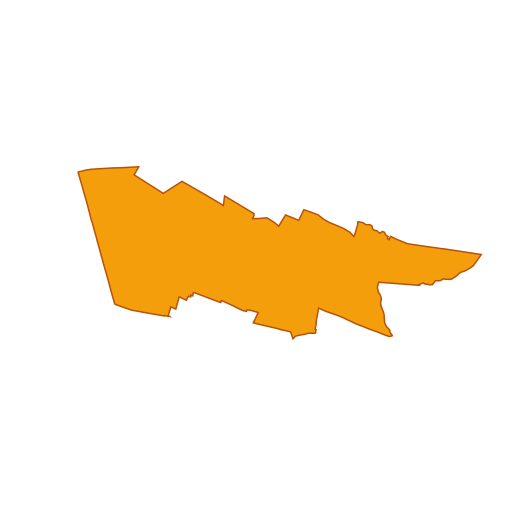 Tlaxcoapan, Hidalgo, Mexico, rotated 29°
{"feature_id": "50627088B91573005183393", "entity_name": "Tlaxcoapan", "entity_type": "district", "adm_level": 2, "iso_a3": "MEX", "parent_name": "Mexico", "parent_adm1": "Hidalgo", "projection": "orthographic", "projection_center": [-99.215, 20.097], "detail": "fine", "context": "isolated", "style": "filled", "palette": "amber", "viewbox_px": 512, "rotation_deg": 29, "n_neighbors": 0, "source": "geoboundaries", "source_scale": "gbopen_adm2", "svg_char_len": 4622}
<svg xmlns="http://www.w3.org/2000/svg" viewBox="0 0 512 512"><g transform="rotate(29 256 256)"><path d="M59.7,268.9L63.0,272.2L70.4,279.5L77.9,287.2L81.5,290.6L93.2,303.0L94.7,304.6L95.0,304.9L95.3,304.9L95.8,305.4L96.1,305.7L98.5,308.2L99.2,308.9L100.6,310.3L102.5,312.3L107.6,317.4L108.6,318.5L109.7,319.7L116.5,326.6L122.0,332.3L123.1,333.4L126.8,337.2L133.0,343.4L137.5,347.9L143.2,353.8L150.0,360.8L154.4,365.1L155.7,366.5L159.3,366.1L169.2,364.4L173.7,363.6L180.0,361.4L184.4,360.0L188.6,358.5L192.2,357.3L197.4,355.5L197.6,355.4L200.3,354.5L203.1,353.5L204.9,352.9L204.8,352.5L209.8,350.8L208.3,350.5L208.1,350.5L207.4,347.7L206.9,344.8L206.1,341.9L208.6,341.6L211.6,341.3L210.2,335.6L209.5,332.6L208.6,328.9L216.5,328.5L216.3,324.6L216.7,324.4L216.6,323.9L218.7,323.4L217.8,321.8L220.0,321.5L218.9,318.3L219.2,318.1L219.9,318.0L221.9,317.6L223.7,317.4L224.1,317.3L227.1,316.9L230.1,316.4L231.8,316.2L234.7,315.8L235.8,315.6L238.1,315.3L241.3,314.8L242.7,314.6L242.8,314.6L244.7,314.3L245.7,314.2L246.7,314.0L247.3,313.9L247.7,313.8L247.7,313.4L247.8,313.0L247.5,312.4L247.4,311.6L248.0,311.5L248.7,311.5L251.8,311.3L254.3,311.1L259.4,310.7L262.2,310.6L267.4,310.4L267.8,310.3L270.8,310.1L273.7,309.3L274.5,309.1L274.5,307.9L274.5,307.2L276.2,306.7L277.4,306.3L279.4,305.7L281.6,305.2L283.1,304.9L283.6,304.7L284.6,304.5L285.3,304.4L285.4,305.1L285.4,306.2L285.5,306.2L285.7,310.2L285.8,311.1L285.8,312.0L285.9,313.7L285.9,313.9L285.8,314.6L286.0,315.8L290.6,314.6L293.0,313.9L293.6,313.7L293.8,313.7L295.1,313.3L297.3,312.7L299.3,312.1L299.5,312.1L303.2,311.0L303.4,311.0L306.3,310.1L309.4,309.2L312.0,308.6L313.0,308.3L313.1,308.5L316.4,307.5L319.7,306.5L322.9,305.6L324.8,307.1L325.5,307.8L328.5,310.5L329.2,307.5L330.1,306.3L333.0,303.7L334.6,302.4L336.4,301.0L339.4,298.1L341.7,296.8L345.4,294.7L344.2,291.3L343.2,291.5L341.3,285.3L340.7,285.3L339.3,281.0L336.1,271.2L337.5,271.0L340.1,270.9L343.6,270.6L349.8,269.5L353.3,268.9L357.9,268.2L360.0,267.9L368.9,267.3L377.0,266.8L384.3,265.7L390.6,265.0L397.4,263.8L408.6,262.4L410.0,262.1L411.4,261.8L411.6,261.7L412.3,261.4L413.9,259.6L413.6,259.4L412.9,259.0L411.6,258.4L409.9,257.6L409.7,257.2L409.3,256.3L408.5,255.9L407.5,255.4L406.6,255.1L405.5,254.9L404.5,254.4L403.4,254.0L402.7,253.4L400.8,251.9L400.0,250.6L398.2,248.0L397.2,246.4L396.4,245.2L395.6,244.2L394.6,243.3L389.6,239.0L388.1,237.3L387.5,235.9L387.0,234.2L386.6,232.9L386.2,232.3L385.4,231.6L384.3,230.6L383.4,229.8L382.6,229.3L381.4,228.7L380.4,228.0L378.6,226.1L378.0,225.4L377.3,224.4L376.7,222.5L376.0,219.5L377.8,218.7L381.1,217.1L383.7,216.0L384.3,215.7L384.7,215.5L385.6,215.1L386.8,214.5L388.5,213.7L390.4,212.9L392.2,212.1L393.3,211.5L394.1,211.2L394.8,210.9L395.7,210.5L396.4,210.0L397.1,209.8L398.0,209.3L398.5,209.1L399.7,208.6L401.2,207.9L403.8,206.7L406.0,205.7L407.2,205.1L408.0,204.8L409.1,204.3L409.5,204.1L410.1,203.9L412.8,202.6L412.1,202.4L413.6,200.6L415.3,198.4L417.7,198.6L419.5,197.7L420.7,197.4L421.8,197.0L424.2,195.5L425.0,190.5L428.1,189.0L429.5,187.6L431.0,185.0L432.6,184.8L434.1,183.8L436.7,182.6L438.3,181.3L439.3,179.5L440.0,178.3L440.6,176.9L441.2,175.7L441.7,174.3L442.0,172.9L442.6,171.9L443.1,171.0L443.5,170.4L444.1,169.7L445.8,168.0L448.7,163.4L450.7,159.4L450.9,158.0L452.2,146.6L452.3,145.5L424.2,155.9L400.4,165.1L382.6,171.8L371.1,173.2L364.1,173.6L364.6,177.1L364.4,177.4L363.3,177.0L362.3,176.8L362.1,174.9L360.1,174.9L359.2,174.6L358.6,174.2L357.9,174.0L357.3,173.3L356.8,173.0L356.4,173.0L354.9,173.2L354.5,173.4L354.0,174.6L353.4,175.7L353.0,176.0L352.3,176.1L351.6,175.9L350.3,175.4L349.5,175.3L348.2,175.6L347.5,176.1L347.1,176.1L346.4,176.1L345.8,176.0L345.1,175.8L344.4,175.3L344.2,175.0L343.9,174.6L343.7,174.3L343.0,173.8L342.6,173.5L342.3,173.4L341.5,173.4L340.7,173.4L340.1,173.6L337.7,174.9L337.1,175.2L336.6,175.3L335.7,175.2L334.9,175.1L334.1,174.9L333.6,175.0L330.9,175.8L329.7,176.1L329.2,176.3L329.0,176.5L328.8,176.8L328.4,177.0L329.5,178.7L329.9,180.0L330.5,182.9L331.4,186.8L331.5,187.3L332.0,189.7L332.1,190.5L332.2,191.4L332.2,191.5L326.5,189.7L319.8,189.5L318.3,189.5L306.4,190.8L303.4,191.2L301.5,191.1L296.9,191.0L290.3,189.9L286.8,190.4L275.4,192.3L276.1,204.1L261.9,205.8L261.4,218.9L257.0,218.0L256.0,217.8L246.9,217.3L240.4,221.8L234.9,225.0L234.7,221.8L233.8,219.9L233.0,219.9L219.6,219.4L199.4,218.7L203.0,227.7L197.8,227.4L190.2,227.2L183.3,227.0L175.9,226.9L170.0,226.8L155.1,226.6L144.5,246.2L127.7,245.2L110.1,244.1L110.2,234.8L94.4,244.7L88.4,248.2L83.5,251.3L76.1,256.0L73.0,258.0L70.0,259.9L66.1,262.9L64.0,264.8L62.6,266.2L61.0,267.5L59.7,268.9Z" fill="#f59e0b" stroke="#b45309" stroke-width="1.5"/></g></svg>